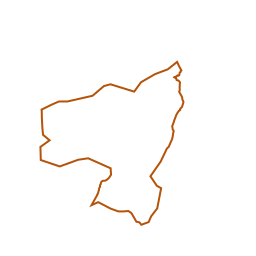 Buyant, Bayan-Ölgiy, Mongolia, rotated 131°
{"feature_id": "93677404B33301384060955", "entity_name": "Buyant", "entity_type": "district", "adm_level": 2, "iso_a3": "MNG", "parent_name": "Mongolia", "parent_adm1": "Bayan-Ölgiy", "projection": "natural_earth1", "projection_center": [89.723, 48.59], "detail": "fine", "context": "isolated", "style": "outline", "palette": "amber", "viewbox_px": 256, "rotation_deg": 131, "n_neighbors": 0, "source": "geoboundaries", "source_scale": "gbopen_adm2", "svg_char_len": 1818}
<svg xmlns="http://www.w3.org/2000/svg" viewBox="0 0 256 256"><g transform="rotate(131 128 128)"><path d="M170.8,205.3L170.9,205.2L171.4,204.7L171.6,204.4L176.4,200.1L184.5,192.3L188.9,187.6L188.7,179.1L199.7,181.7L209.4,172.8L201.8,154.3L184.7,144.8L177.0,138.2L169.8,114.7L174.2,110.3L174.6,110.1L177.7,109.7L178.5,109.7L179.2,109.7L179.9,109.9L180.8,110.0L181.8,110.3L182.4,110.5L182.8,110.8L183.0,111.0L183.6,111.6L184.1,112.1L184.9,112.5L185.4,112.7L186.0,112.8L186.3,112.7L186.9,112.5L187.4,112.3L187.7,112.1L188.1,111.8L188.6,111.8L189.1,111.7L189.3,111.7L190.0,111.2L190.5,110.6L190.8,110.5L191.0,110.6L191.8,110.4L192.6,110.1L193.1,109.8L193.7,109.4L194.1,109.1L194.6,109.0L195.4,108.6L196.1,108.2L196.8,107.9L197.3,107.7L197.7,107.6L198.1,107.6L198.5,107.5L198.6,107.3L210.1,104.9L203.5,101.8L200.3,88.4L197.3,80.6L194.5,77.3L190.4,73.2L190.0,69.6L193.2,60.2L191.7,57.4L192.3,54.5L185.5,50.7L179.4,52.6L169.5,53.2L151.7,63.5L152.7,68.4L149.7,79.4L132.0,81.3L117.9,85.2L115.6,84.9L107.3,87.5L105.6,88.4L102.3,90.5L100.2,91.6L99.7,93.4L98.6,94.6L97.7,95.8L97.2,96.0L96.2,96.3L93.2,97.5L91.1,98.4L88.8,99.2L86.5,100.1L84.1,100.6L81.9,100.9L80.7,100.5L80.1,100.5L79.9,100.9L79.1,101.2L76.9,101.1L76.5,101.1L72.3,103.0L71.6,103.7L71.0,105.4L69.2,107.4L67.1,113.2L65.8,113.6L64.0,115.1L63.3,115.9L62.0,116.7L61.5,117.4L59.7,118.4L59.3,119.1L59.1,120.6L59.2,121.3L59.9,122.7L59.7,123.2L59.0,124.0L58.9,124.5L59.3,125.9L59.4,126.4L59.0,126.4L58.3,125.9L57.8,125.3L57.0,125.4L56.6,125.2L55.8,125.1L55.7,124.5L55.1,124.1L54.6,124.0L53.9,124.4L53.4,124.5L52.6,125.2L52.0,125.3L51.3,125.1L50.6,125.5L49.6,125.4L47.8,130.1L45.9,134.3L57.7,136.5L69.5,142.9L84.9,148.2L96.5,147.2L106.5,169.9L112.2,173.7L126.9,175.9L147.7,191.1L153.4,197.6L160.4,200.9L170.8,205.3Z" fill="none" stroke="#b45309" stroke-width="2"/></g></svg>